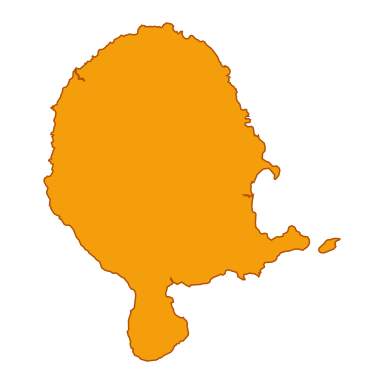 the district of Vanua Lava, Torba, Vanuatu
{"feature_id": "77236927B4251587034950", "entity_name": "Vanua Lava", "entity_type": "district", "adm_level": 2, "iso_a3": "VUT", "parent_name": "Vanuatu", "parent_adm1": "Torba", "projection": "mercator", "projection_center": [167.507, -13.839], "detail": "fine", "context": "isolated", "style": "filled", "palette": "amber", "viewbox_px": 384, "rotation_deg": 0, "n_neighbors": 0, "source": "geoboundaries", "source_scale": "gbopen_adm2", "svg_char_len": 5865}
<svg xmlns="http://www.w3.org/2000/svg" viewBox="0 0 384 384"><path d="M79.9,69.0L76.1,68.1L76.2,73.4L78.1,74.6L78.9,75.9L79.2,78.8L81.7,78.2L83.1,78.5L84.9,81.4L83.1,80.0L82.6,79.0L79.6,79.5L78.4,79.0L78.3,75.9L75.5,73.0L75.5,69.0L73.2,72.0L73.0,76.6L71.8,78.4L69.7,79.5L68.0,84.7L66.2,87.0L63.8,87.6L63.0,88.5L62.2,92.7L61.2,94.4L60.7,96.8L57.2,102.4L57.1,104.5L55.2,105.1L54.1,106.2L52.7,106.0L52.4,106.5L53.0,107.2L51.1,107.7L51.4,108.5L53.4,109.0L53.3,109.8L55.1,110.8L56.0,113.1L55.4,116.8L53.8,120.2L55.3,123.9L55.2,124.9L54.2,126.9L53.4,131.9L51.6,132.7L50.9,134.5L53.2,134.8L53.6,135.2L51.9,136.8L52.6,137.3L53.4,141.3L51.5,142.5L51.4,143.2L52.4,145.2L52.3,146.7L54.7,148.0L53.6,149.8L51.4,156.2L51.0,157.7L51.5,158.8L49.6,159.3L48.7,160.3L48.7,160.9L50.3,161.3L51.2,163.5L53.3,164.3L51.8,169.5L52.8,170.4L53.1,171.4L50.8,175.5L49.8,176.4L47.1,176.3L46.7,177.1L44.8,178.1L44.1,179.9L44.1,181.3L45.9,185.2L48.0,188.2L46.9,191.1L46.7,193.4L49.2,198.1L50.3,199.3L49.6,203.3L49.9,204.2L49.4,205.2L51.0,207.5L50.7,208.0L52.7,211.7L54.8,214.2L59.8,216.5L59.2,218.2L59.5,218.8L61.2,219.4L64.2,224.2L65.6,225.1L69.4,225.2L71.2,226.8L73.6,229.9L76.3,236.9L79.1,240.3L80.9,244.8L84.0,247.5L84.9,249.2L88.2,251.2L89.0,252.9L95.0,257.7L96.0,259.3L99.8,261.9L101.5,267.3L102.4,268.4L105.5,270.4L110.6,271.7L112.6,273.1L116.6,273.1L121.1,276.8L123.9,278.0L128.3,283.4L129.3,286.1L131.2,288.9L133.3,289.5L134.7,290.9L135.5,293.2L135.7,295.9L134.5,306.8L134.0,308.4L130.5,311.0L130.9,311.8L130.6,314.1L128.5,320.0L128.6,328.0L129.0,329.0L127.3,331.8L128.3,335.8L129.9,338.6L130.0,340.4L130.7,341.5L130.1,344.0L131.2,348.1L132.3,348.7L132.9,348.4L133.5,349.4L132.8,350.7L132.9,351.8L134.8,355.3L138.7,356.8L140.6,359.0L146.9,361.0L156.0,360.0L158.3,358.9L159.0,358.0L160.8,357.9L164.0,355.4L170.5,352.3L172.7,349.9L174.7,345.6L176.3,345.0L176.3,344.2L177.4,343.6L178.9,343.6L180.3,341.3L183.2,340.9L188.1,335.3L188.5,333.6L187.1,326.3L187.3,323.0L186.3,320.7L184.1,318.9L183.5,317.5L180.5,317.8L176.3,315.4L174.9,313.9L173.6,311.2L173.4,308.9L172.1,307.3L171.0,303.1L173.5,302.0L172.5,298.3L169.5,296.9L167.1,296.8L166.1,295.9L165.6,292.8L166.6,290.6L167.3,286.8L168.9,286.2L169.6,285.2L171.9,284.4L172.7,282.9L172.0,281.0L170.5,279.5L170.8,278.2L173.9,282.8L175.7,283.2L177.2,284.4L181.6,282.1L186.0,285.1L189.3,286.7L190.2,286.3L190.7,285.1L200.6,284.4L203.6,283.5L206.5,283.5L208.7,282.8L210.0,281.7L210.7,279.1L211.8,278.7L212.9,277.6L219.5,275.0L220.4,274.2L222.4,275.0L223.3,274.8L224.9,273.8L225.6,271.0L226.2,270.4L228.2,269.8L236.6,272.4L237.4,273.8L237.8,276.6L243.0,279.8L245.0,279.6L245.1,279.2L243.7,278.4L244.2,277.8L243.5,275.9L244.1,274.5L246.0,274.4L249.2,273.2L254.2,273.7L257.7,275.5L258.7,276.8L259.8,274.5L258.9,273.0L259.2,272.7L259.9,273.3L260.9,272.3L260.3,271.2L260.6,269.6L264.2,267.3L264.5,266.6L263.6,264.6L264.8,262.6L271.6,262.1L274.8,260.9L276.4,259.3L277.1,256.5L279.2,255.0L280.0,253.6L280.7,252.9L285.1,251.4L289.8,250.9L293.0,249.6L296.0,249.0L298.5,249.1L302.7,250.2L307.1,247.1L308.7,245.0L309.5,242.7L309.2,239.6L307.7,237.0L303.2,236.3L300.2,234.6L299.8,232.8L298.9,231.9L296.5,231.1L294.8,227.3L292.0,225.8L290.4,226.2L288.8,227.3L287.9,231.1L286.6,232.6L283.2,234.0L283.0,236.2L282.5,236.6L280.7,236.5L279.5,237.1L277.7,236.7L276.0,237.2L271.4,240.2L268.0,237.9L266.8,233.6L263.9,233.3L262.7,234.0L261.1,233.7L259.8,232.5L259.0,230.5L255.9,227.4L255.4,223.0L255.9,214.1L255.4,212.9L252.6,211.7L251.8,206.9L252.1,201.7L253.3,195.1L252.3,196.1L250.7,196.0L249.1,197.3L247.8,195.8L244.9,195.7L243.8,195.0L247.9,194.9L249.5,196.3L252.0,195.1L252.2,194.3L250.7,190.5L251.2,186.9L250.8,184.7L251.2,183.5L252.4,182.8L251.2,181.4L253.9,182.5L257.2,174.5L262.6,169.5L264.6,168.8L269.1,168.3L274.5,174.8L274.3,179.0L275.5,179.3L278.6,175.7L279.8,170.6L279.6,169.4L278.8,167.7L277.5,166.6L276.6,166.0L273.4,166.4L272.4,166.1L268.9,162.3L265.9,161.3L261.9,158.4L262.5,156.6L262.4,153.8L265.1,150.5L265.0,146.6L264.2,143.2L259.0,138.9L258.4,135.4L257.4,136.6L255.3,135.1L254.5,135.7L253.1,127.6L251.6,126.5L247.6,126.8L245.2,124.9L244.9,124.1L245.5,122.8L249.8,122.4L250.4,119.7L247.9,118.5L246.1,119.3L245.6,118.5L245.3,117.8L246.3,116.4L248.6,116.3L247.8,115.2L248.4,114.9L248.7,113.5L247.1,112.4L246.5,109.6L244.8,109.5L243.2,110.2L241.5,109.7L240.9,109.0L239.8,104.2L237.3,101.1L236.3,98.5L236.5,96.5L235.8,93.8L237.1,92.1L236.1,90.5L236.1,89.1L235.0,88.8L233.7,86.4L232.3,85.9L230.4,83.8L230.1,82.7L229.0,82.7L228.0,81.8L229.1,80.5L228.7,78.7L229.9,77.2L226.8,75.5L229.3,74.2L230.1,71.1L230.0,70.2L227.6,66.9L225.5,66.2L224.4,67.5L224.7,66.0L223.3,66.7L222.4,66.3L221.0,64.4L220.7,62.6L219.4,61.7L217.6,56.9L213.4,51.0L210.8,48.1L206.4,44.8L204.6,41.9L202.7,41.1L201.0,41.7L199.7,41.5L198.0,39.9L196.1,39.3L192.6,35.8L191.7,35.5L190.2,35.7L189.0,37.9L188.0,38.6L185.9,38.8L184.8,38.3L183.2,36.7L181.7,33.4L182.3,33.0L182.4,31.6L180.9,31.2L178.6,33.8L177.3,33.0L177.0,31.7L175.5,32.0L174.8,31.6L172.8,29.3L173.5,25.9L171.2,23.9L166.4,23.0L163.3,25.1L162.2,27.3L161.4,27.7L159.4,26.7L156.7,27.1L155.0,26.3L152.2,26.8L150.0,26.3L148.4,27.0L145.8,26.3L144.9,26.7L144.5,25.8L141.5,25.3L140.8,26.8L139.9,26.8L138.0,29.9L137.7,33.1L136.7,34.3L133.7,34.8L129.2,34.1L126.3,35.3L125.4,35.2L123.9,36.4L122.3,35.4L120.9,35.4L119.2,37.3L114.3,39.8L113.7,42.0L112.6,42.8L112.0,43.1L110.2,42.3L108.1,45.1L106.6,45.8L105.5,47.4L103.6,48.8L102.1,49.6L100.0,49.5L98.9,50.1L98.1,52.0L98.2,53.8L97.5,55.3L95.2,57.2L92.6,56.0L92.2,56.7L92.9,58.8L91.3,59.5L90.9,60.9L90.4,61.4L87.6,61.4L86.4,63.4L85.1,63.3L84.9,63.7L85.4,64.3L79.9,69.0ZM339.1,240.0L339.9,239.1L339.7,238.8L335.3,238.4L331.0,239.2L330.2,239.9L328.2,239.7L326.2,240.7L323.8,243.9L319.5,247.7L318.8,249.5L319.1,251.3L320.7,252.6L324.0,252.9L333.7,249.0L335.9,246.6L335.2,245.3L335.4,244.1L334.8,243.7L335.3,242.1L336.8,240.8L339.1,240.0Z" fill="#f59e0b" stroke="#b45309" stroke-width="1.5"/></svg>